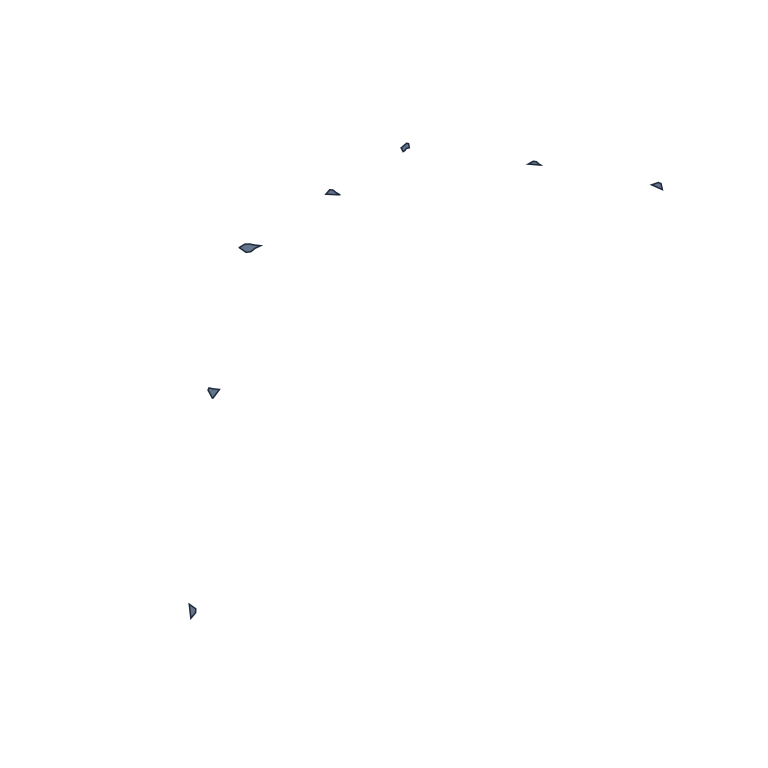 the Atoll of Gaafu Dhaalu, rotated 112°
{"feature_id": "MDV-5241", "entity_name": "Gaafu Dhaalu", "entity_type": "Atoll", "adm_level": 1, "iso_a3": "MDV", "parent_name": "Maldives", "parent_adm1": "", "projection": "mercator", "projection_center": [73.082, 0.355], "detail": "fine", "context": "isolated", "style": "filled", "palette": "slate", "viewbox_px": 768, "rotation_deg": 112, "n_neighbors": 0, "source": "natural_earth", "source_scale": "10m", "svg_char_len": 868}
<svg xmlns="http://www.w3.org/2000/svg" viewBox="0 0 768 768"><g transform="rotate(112 384 384)"><path d="M302.0,550.2L306.4,554.3L311.2,557.0L313.6,561.2L311.8,569.2L311.7,569.3L306.4,565.4L305.1,562.3L304.5,561.1L304.4,560.4L303.6,555.9L302.0,550.2ZM450.7,534.5L461.8,537.5L461.7,537.5L455.5,544.9L453.2,544.8L452.4,540.2L450.7,534.5ZM673.6,475.3L661.1,482.1L663.0,474.3L666.5,473.0L670.0,474.1L673.6,475.3ZM225.1,495.3L225.1,495.6L229.8,509.0L224.2,507.1L223.8,505.6L223.3,504.1L223.8,502.2L224.5,500.2L224.5,499.8L225.1,495.3ZM99.5,198.7L99.1,210.5L94.4,205.1L94.4,202.2L99.5,198.7ZM155.5,449.0L157.1,451.4L160.0,452.2L160.8,453.0L161.4,453.4L158.6,456.4L158.6,456.5L152.3,453.2L152.0,451.2L155.5,449.0ZM122.3,320.6L122.4,320.8L126.0,332.4L126.1,332.7L121.6,329.1L120.8,326.0L121.9,323.1L122.3,320.6Z" fill="#64748b" stroke="#1e293b" stroke-width="1.5"/></g></svg>